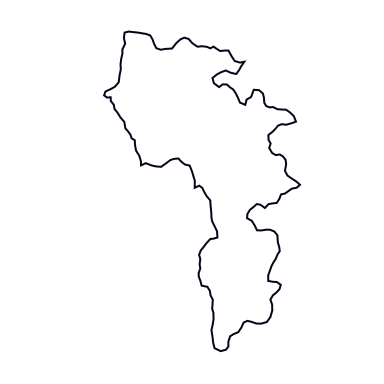 Fortuna de Minas, Minas Gerais, Brazil, rotated 193°
{"feature_id": "56859067B93002410173864", "entity_name": "Fortuna de Minas", "entity_type": "district", "adm_level": 2, "iso_a3": "BRA", "parent_name": "Brazil", "parent_adm1": "Minas Gerais", "projection": "natural_earth1", "projection_center": [-44.511, -19.534], "detail": "fine", "context": "isolated", "style": "outline", "palette": "ink", "viewbox_px": 384, "rotation_deg": 193, "n_neighbors": 0, "source": "geoboundaries", "source_scale": "gbopen_adm2", "svg_char_len": 2856}
<svg xmlns="http://www.w3.org/2000/svg" viewBox="0 0 384 384"><g transform="rotate(193 192 192)"><path d="M168.3,123.2L166.7,119.3L167.3,114.7L166.3,110.9L163.9,107.4L161.5,102.9L155.7,103.1L152.3,99.6L150.6,95.3L147.6,91.9L146.7,87.2L146.1,82.8L143.9,78.9L142.4,73.0L142.0,67.3L142.0,61.9L139.3,55.1L137.5,50.0L134.9,44.9L128.2,43.4L123.4,46.0L121.8,49.6L122.9,54.3L122.4,60.0L119.4,63.0L115.4,65.8L113.4,71.0L112.3,76.4L109.1,78.9L104.8,78.9L99.7,78.3L94.7,79.4L89.8,82.2L87.5,87.8L87.1,94.5L88.6,100.3L91.4,104.8L89.9,109.6L87.2,113.0L84.9,116.9L84.6,121.5L89.1,123.4L93.0,122.7L97.7,122.5L99.0,127.9L98.5,132.0L97.9,137.6L96.8,141.7L95.4,145.6L94.6,150.4L93.2,154.1L94.6,157.9L97.1,162.4L99.0,168.9L102.8,172.0L107.2,172.8L110.6,172.2L115.6,170.2L120.0,169.3L123.6,173.7L127.3,177.4L132.4,178.8L133.1,182.9L131.5,187.7L128.4,191.6L126.2,194.8L122.4,195.0L117.4,192.8L114.7,197.4L110.7,199.1L107.0,200.4L105.4,204.7L104.7,209.7L101.3,211.2L98.5,214.3L95.5,217.7L91.0,219.7L88.4,223.3L92.3,225.5L97.9,227.6L102.7,229.5L106.2,233.6L106.5,240.2L108.0,244.4L111.6,247.2L114.9,248.3L118.7,246.8L122.7,248.1L126.7,252.2L126.3,257.0L129.1,259.9L130.4,264.7L126.9,269.0L124.9,272.4L123.1,276.0L119.8,278.3L115.4,278.7L110.5,281.4L106.5,283.9L109.9,288.9L114.7,291.7L118.9,293.4L123.3,292.5L127.5,291.9L132.0,293.0L135.7,291.9L139.1,292.5L141.7,295.3L143.0,299.8L145.0,303.8L149.4,306.3L154.8,305.5L155.8,297.9L159.6,294.3L159.7,288.9L165.4,289.9L168.8,294.7L171.7,298.1L175.0,301.2L178.7,302.6L182.1,304.6L186.3,303.8L189.2,300.3L195.1,302.9L197.7,307.7L194.3,312.0L190.7,315.2L186.4,318.0L181.0,316.9L175.4,316.9L173.6,321.2L172.3,325.7L170.3,330.7L174.3,328.9L179.8,329.2L183.7,332.9L188.3,338.0L192.0,337.2L196.2,335.7L200.6,337.2L203.7,338.5L206.5,336.1L209.9,336.8L215.1,336.3L219.3,334.8L225.0,337.0L229.8,340.4L234.3,340.6L237.7,338.0L240.6,333.9L243.7,327.3L249.6,325.6L254.5,323.6L259.1,324.1L262.0,327.5L264.9,332.0L268.0,335.2L272.6,335.7L276.2,335.4L280.2,335.2L285.1,334.6L289.7,334.1L293.5,332.2L293.0,326.7L290.5,321.5L291.9,315.1L290.9,311.3L290.9,305.7L290.4,300.5L289.0,295.6L288.8,289.3L288.1,282.4L290.8,277.2L294.7,273.7L298.9,270.5L299.4,266.4L296.0,264.9L292.6,266.0L291.5,262.3L287.9,259.5L286.1,255.4L282.5,252.6L278.4,248.5L273.7,245.0L271.2,239.0L268.2,236.9L264.9,234.0L262.9,230.7L259.4,229.6L258.2,225.2L255.8,219.7L251.4,215.3L248.7,210.5L247.6,206.5L243.5,209.7L237.6,208.8L233.0,208.8L227.7,209.6L223.3,214.6L220.2,218.3L217.0,220.2L212.8,221.6L209.0,219.0L205.1,217.2L200.2,217.2L196.4,211.7L193.8,207.0L191.8,203.6L190.3,196.7L186.4,199.8L182.9,198.3L180.3,195.0L176.8,191.3L172.3,187.9L170.7,182.5L168.6,176.3L167.3,171.5L165.7,167.9L162.1,163.5L158.8,159.4L157.0,153.4L160.3,151.5L163.6,150.3L166.5,145.2L168.3,141.1L170.3,137.0L171.0,132.4L168.8,128.5L168.3,123.2Z" fill="none" stroke="#020617" stroke-width="2"/></g></svg>